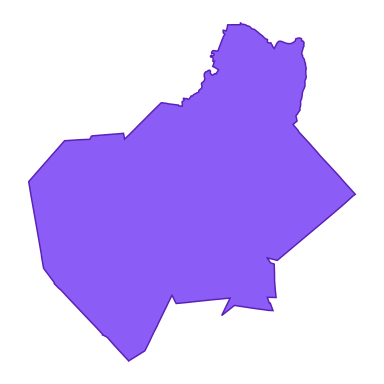 Co Do, Can Tho, Vietnam (Natural Earth projection)
{"feature_id": "81297802B1021983329449", "entity_name": "Co Do", "entity_type": "district", "adm_level": 2, "iso_a3": "VNM", "parent_name": "Vietnam", "parent_adm1": "Can Tho", "projection": "natural_earth1", "projection_center": [105.49, 10.13], "detail": "fine", "context": "isolated", "style": "filled", "palette": "violet", "viewbox_px": 384, "rotation_deg": 0, "n_neighbors": 0, "source": "geoboundaries", "source_scale": "gbopen_adm2", "svg_char_len": 5691}
<svg xmlns="http://www.w3.org/2000/svg" viewBox="0 0 384 384"><path d="M320.7,156.3L315.3,150.0L311.4,145.7L311.0,145.1L299.1,132.2L298.6,131.5L298.3,130.8L298.0,130.3L293.0,124.5L297.1,121.0L296.5,118.3L295.9,115.9L296.5,115.0L297.2,114.4L297.5,113.9L297.9,113.3L298.3,112.4L299.0,111.7L300.0,110.0L300.1,109.8L300.1,109.6L299.8,109.0L299.7,108.7L299.8,108.3L300.3,107.0L300.4,106.6L300.5,106.2L300.6,104.7L300.7,103.3L300.5,101.8L300.6,101.3L300.7,100.7L301.2,99.8L301.5,99.2L301.7,98.2L302.0,96.5L302.3,94.6L302.3,93.3L302.8,91.7L302.8,91.2L303.0,90.7L303.4,89.8L304.0,88.7L304.2,88.3L304.4,87.5L304.6,87.1L304.9,86.7L305.0,86.5L305.0,86.2L304.9,85.8L304.8,85.5L305.0,84.6L305.0,83.5L305.0,82.6L304.9,82.0L304.9,81.5L305.1,80.1L305.3,79.8L305.7,79.2L306.0,78.2L306.1,77.7L306.2,76.7L306.2,76.2L306.0,75.4L305.9,74.8L305.8,72.7L305.8,71.6L305.7,70.8L305.9,70.0L306.3,68.7L306.2,68.2L305.5,65.2L305.5,64.2L305.4,63.3L304.9,62.2L304.6,60.9L304.0,58.8L303.6,58.2L303.2,57.7L302.9,57.2L302.5,56.4L302.5,56.1L302.6,55.4L302.4,55.1L301.7,54.1L301.7,53.7L301.7,53.3L302.1,51.9L302.2,51.1L303.0,48.8L303.0,48.3L303.0,47.7L303.2,47.4L303.8,46.7L303.9,45.3L303.9,44.6L303.7,43.9L303.7,43.6L304.1,43.0L304.1,42.7L303.9,42.3L303.2,41.3L302.8,41.0L302.5,40.9L302.1,40.9L301.8,40.9L301.6,40.8L301.6,40.5L301.6,39.5L301.6,39.1L301.5,38.8L301.1,38.5L300.7,38.3L300.0,38.1L299.4,38.0L298.7,38.0L298.0,38.1L297.2,38.4L296.6,38.6L296.1,38.6L295.9,38.7L295.8,38.9L295.5,39.9L295.2,40.8L294.9,41.3L294.4,41.7L293.4,42.4L292.1,43.1L291.1,43.5L289.8,43.6L288.4,43.6L286.9,43.4L285.1,42.9L283.5,42.2L281.1,41.3L280.3,41.2L279.5,41.2L278.7,41.4L277.9,42.1L277.3,42.8L276.4,44.3L274.2,48.5L273.9,48.1L273.3,47.4L272.7,46.5L272.5,45.8L270.8,42.8L270.5,42.7L270.2,42.7L269.4,43.1L269.1,43.1L268.7,42.8L267.6,42.4L267.4,42.1L267.4,41.6L267.5,39.6L267.3,39.4L267.1,39.3L266.3,39.2L266.0,39.1L265.5,38.6L264.8,38.2L264.0,37.5L262.4,35.8L261.8,35.4L259.9,33.9L258.9,33.1L257.2,31.6L254.8,29.7L254.5,29.4L252.6,29.0L252.0,28.7L251.6,28.4L250.7,27.6L249.7,26.6L249.4,26.4L248.9,26.2L248.2,26.0L247.4,26.0L247.1,25.8L246.7,25.4L246.1,25.0L245.1,24.8L244.4,24.4L244.0,24.3L243.5,24.4L243.0,24.6L242.7,24.5L241.9,24.0L241.2,23.4L240.5,23.0L240.2,24.7L229.0,24.8L227.6,24.9L227.1,28.2L226.1,31.0L225.6,30.9L224.0,30.3L223.7,30.2L223.2,30.2L223.1,30.3L223.2,31.5L223.2,32.3L223.4,32.7L223.5,33.0L223.7,33.3L224.4,33.8L224.6,34.0L224.7,34.4L224.6,34.7L223.7,36.1L222.6,38.5L217.9,50.9L217.7,50.9L216.9,50.9L216.4,51.1L216.1,51.1L215.2,50.8L213.8,50.6L213.2,50.7L212.7,50.8L212.3,51.2L211.9,51.8L211.6,52.7L211.6,53.3L211.7,53.5L211.8,53.7L212.2,53.7L212.9,53.5L213.5,53.5L213.8,53.7L214.0,54.0L214.1,54.4L214.0,54.8L213.7,55.3L213.0,55.8L212.6,55.9L212.1,55.8L211.4,55.5L211.1,55.5L210.9,55.6L210.6,55.9L210.5,56.2L210.5,56.6L210.7,56.9L210.9,57.1L211.3,57.1L211.7,57.1L212.1,57.1L212.4,57.3L212.7,57.5L212.9,58.0L213.1,58.7L213.1,59.2L212.8,60.9L212.9,61.2L213.1,61.4L213.3,61.5L213.5,61.6L214.5,61.2L214.2,62.1L212.7,66.5L214.4,67.2L215.7,68.0L218.5,69.7L216.0,74.1L215.1,73.5L212.9,74.9L212.4,75.2L212.2,75.2L211.8,74.9L211.5,74.6L211.0,73.9L210.4,73.3L210.3,73.2L210.3,72.9L210.5,71.6L210.4,71.3L210.4,71.0L210.1,70.8L209.8,70.3L209.7,70.2L209.5,70.3L209.0,70.5L208.8,70.6L208.6,70.5L208.3,70.4L207.5,71.2L207.2,71.4L206.8,71.6L206.0,71.7L205.8,71.8L205.3,72.3L204.7,73.0L204.5,73.5L204.3,74.0L204.2,75.0L204.3,76.4L204.7,78.2L204.8,78.6L204.8,79.0L204.6,79.6L204.4,80.3L203.8,81.2L203.4,81.6L202.1,82.7L201.8,82.9L201.7,83.2L201.5,83.6L201.5,84.1L201.5,84.5L201.9,85.7L201.9,86.2L202.0,86.7L201.8,87.3L201.5,88.2L201.3,88.6L200.9,88.9L200.2,89.2L199.2,90.2L198.9,90.5L198.8,90.9L198.7,91.9L198.1,92.5L197.4,92.7L197.0,92.8L195.2,93.8L193.6,94.6L193.4,94.8L192.8,95.7L192.3,96.0L192.0,96.0L191.3,95.9L191.1,96.0L190.5,97.1L189.7,98.1L189.1,98.8L188.5,99.2L188.2,99.4L187.7,99.3L187.4,99.0L187.1,98.8L186.9,98.6L186.5,98.5L186.2,98.5L185.1,98.7L184.7,98.6L184.1,98.3L183.9,98.2L183.7,98.2L183.4,98.5L183.4,99.0L183.6,99.3L183.9,99.7L184.0,99.9L184.0,100.1L184.0,100.4L183.7,100.7L183.4,100.9L182.9,101.2L182.1,101.7L182.1,101.9L182.2,103.9L182.4,105.7L182.2,106.2L178.6,105.8L178.5,105.1L174.8,104.6L168.9,103.9L166.7,103.4L161.3,102.7L157.4,106.5L150.5,113.3L144.2,119.7L137.6,126.2L135.0,128.9L129.1,134.8L124.6,139.1L123.5,133.3L117.0,133.9L106.5,134.7L93.1,135.8L91.8,136.0L91.5,136.1L89.9,139.1L89.7,139.3L89.3,139.4L87.7,139.4L82.1,139.6L68.1,140.5L64.8,140.7L64.5,140.8L56.0,150.5L50.6,156.6L47.4,160.3L42.8,165.5L28.7,181.6L30.4,192.0L37.7,233.4L41.3,254.1L41.5,256.2L42.5,262.1L43.2,266.3L43.5,267.8L44.4,269.5L45.4,270.8L48.0,274.2L54.4,282.8L54.2,283.6L58.9,288.4L59.9,289.2L60.5,289.6L72.1,302.0L86.2,316.9L96.8,328.0L102.6,334.3L102.4,334.9L104.1,335.6L106.9,337.1L107.3,337.4L114.5,345.6L128.8,361.0L129.0,360.7L144.6,351.0L145.0,350.6L149.9,340.7L152.3,335.5L153.9,332.2L155.1,329.9L156.9,326.5L158.5,322.9L159.3,321.3L162.4,314.9L163.9,311.8L164.7,310.2L166.1,307.4L168.6,302.1L171.2,296.9L172.1,295.4L175.3,301.9L176.2,303.5L187.9,302.4L189.3,302.2L211.0,299.9L230.1,298.1L225.3,308.0L221.7,315.5L234.4,305.5L234.9,305.5L254.0,308.4L265.3,309.9L268.8,310.4L273.0,310.6L270.3,303.2L269.5,303.4L267.3,297.3L276.1,297.5L275.4,291.0L274.8,283.9L274.6,281.1L274.5,272.3L274.2,264.1L272.4,263.4L272.0,263.3L271.4,263.2L270.8,262.9L270.2,262.4L269.9,262.1L269.7,261.7L269.6,261.3L269.0,260.9L268.9,260.6L268.9,260.2L268.8,259.9L268.7,259.6L268.0,259.2L267.7,259.0L267.5,258.7L267.2,257.8L277.2,260.4L278.1,259.7L294.0,246.3L328.7,217.2L343.2,204.8L353.3,195.7L354.0,195.2L354.7,194.8L355.3,194.3L344.8,182.7L340.8,178.2L340.6,177.8L330.3,166.6L320.7,156.3Z" fill="#8b5cf6" stroke="#5b21b6" stroke-width="1.5"/></svg>